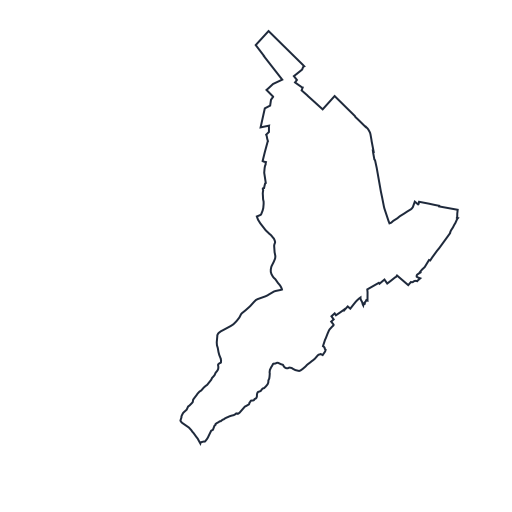 outline of Reci, Covasna, Romania, rotated 41°
{"feature_id": "2599482B11784451880113", "entity_name": "Reci", "entity_type": "district", "adm_level": 2, "iso_a3": "ROU", "parent_name": "Romania", "parent_adm1": "Covasna", "projection": "orthographic", "projection_center": [25.948, 45.804], "detail": "fine", "context": "isolated", "style": "outline", "palette": "slate", "viewbox_px": 512, "rotation_deg": 41, "n_neighbors": 0, "source": "geoboundaries", "source_scale": "gbopen_adm2", "svg_char_len": 6077}
<svg xmlns="http://www.w3.org/2000/svg" viewBox="0 0 512 512"><g transform="rotate(41 256 256)"><path d="M339.1,429.7L339.2,429.2L339.1,426.6L338.8,424.6L337.9,421.4L337.6,420.2L336.8,417.3L337.5,415.4L336.0,411.3L336.2,410.0L335.7,409.2L336.1,407.7L336.4,406.9L336.8,405.9L337.0,404.7L337.8,403.8L338.0,402.4L338.4,401.1L338.9,400.2L339.1,399.0L339.8,397.3L340.6,395.7L341.2,394.3L341.6,393.7L342.1,392.8L343.6,390.7L344.2,389.1L344.2,388.2L344.8,387.3L345.4,387.4L345.9,386.9L346.1,386.4L346.4,385.0L346.4,383.9L346.4,380.5L346.4,379.2L346.4,377.1L346.6,376.4L347.1,375.4L347.4,374.3L347.8,373.2L348.0,372.6L347.9,372.3L347.8,371.8L347.4,371.2L347.3,370.9L347.3,369.9L347.2,369.3L347.1,368.8L347.2,368.3L347.4,368.1L348.2,367.4L348.6,366.9L348.9,366.4L349.0,365.8L348.8,365.0L348.9,364.6L349.3,363.8L349.4,363.0L349.2,362.4L349.0,361.7L348.8,361.4L347.6,359.9L347.2,359.2L346.8,358.2L346.7,357.7L346.8,357.2L347.6,355.8L348.0,355.0L348.1,354.6L348.1,354.2L347.9,352.9L348.1,351.4L348.8,350.4L349.0,347.8L348.9,345.2L348.3,343.5L347.8,342.8L347.0,341.8L346.4,339.8L345.3,338.1L343.6,335.8L342.5,334.8L341.2,332.8L340.8,331.3L340.4,329.9L340.2,328.4L339.7,326.2L339.9,325.7L340.9,324.8L341.3,324.1L342.0,322.7L342.9,322.1L345.8,321.3L347.6,320.5L348.0,320.5L349.2,321.0L350.2,321.2L350.9,321.2L351.6,321.1L352.3,320.9L353.3,320.2L353.8,319.6L354.2,318.6L354.4,318.3L355.7,317.5L356.5,317.1L358.1,316.9L360.5,316.3L363.4,314.8L364.1,314.3L364.3,313.9L364.7,313.1L365.3,310.7L365.8,307.4L365.9,306.3L365.9,305.0L366.1,303.7L366.8,300.5L367.0,299.1L367.2,298.2L367.4,297.5L367.5,296.9L367.8,295.0L367.8,290.5L368.0,289.4L368.7,288.4L369.2,287.5L369.4,287.5L369.8,287.5L370.7,287.1L371.3,287.0L370.8,282.7L370.1,281.1L369.0,281.0L368.6,280.8L368.1,280.3L367.2,280.0L365.7,280.1L363.1,274.0L362.6,272.2L360.9,267.5L359.9,264.3L359.7,263.0L359.8,259.2L360.0,257.6L359.9,257.4L359.7,257.0L359.1,256.8L355.8,256.2L356.2,252.9L352.5,252.0L353.0,247.7L355.2,248.3L356.5,243.5L357.4,239.8L357.7,238.4L358.2,238.8L358.3,233.9L361.7,233.9L361.4,228.2L361.3,225.0L361.4,223.0L361.7,220.5L362.1,218.8L362.7,219.5L363.8,220.2L366.4,221.2L368.5,222.6L369.3,222.9L368.5,221.6L368.5,221.4L369.4,221.1L369.5,220.8L369.4,220.6L368.9,220.2L368.7,220.3L368.5,220.1L368.6,218.8L368.6,218.2L368.3,217.4L368.2,216.9L369.4,216.5L363.9,210.1L361.9,208.2L365.3,198.5L366.3,195.7L367.4,195.9L368.4,189.5L373.1,190.7L374.0,186.4L375.0,180.9L375.4,179.9L375.2,178.2L390.0,178.1L390.0,174.0L390.3,173.9L391.2,173.2L391.5,172.7L391.7,171.7L391.9,171.2L392.4,170.4L392.8,170.0L394.2,169.2L394.1,168.9L394.6,165.1L392.5,165.9L390.9,166.2L390.6,166.0L390.3,165.6L390.0,165.1L389.9,164.6L389.9,164.3L390.0,163.7L390.9,160.7L390.3,160.7L390.2,157.4L390.6,153.7L389.2,145.5L390.4,145.1L389.9,141.4L389.5,136.8L389.2,133.4L389.1,129.7L387.9,116.0L387.5,111.6L387.4,111.2L387.2,111.1L386.7,109.9L386.3,108.3L385.9,105.3L385.1,102.1L384.9,100.6L383.6,96.3L383.5,95.7L383.5,94.9L382.5,95.3L382.1,94.4L381.8,94.0L380.1,92.0L377.9,88.8L361.6,98.5L361.3,98.2L361.2,98.0L357.4,100.2L352.1,103.1L343.5,108.1L344.5,109.9L344.6,110.3L344.5,110.7L340.2,110.8L342.3,116.2L342.4,117.4L342.4,118.3L342.3,119.0L340.9,123.4L340.0,126.7L338.5,131.5L338.2,133.1L338.0,134.6L336.7,138.9L336.5,139.7L336.2,142.1L335.3,143.8L333.0,142.6L321.7,135.9L320.0,134.7L313.2,129.4L307.8,125.3L289.4,110.4L283.4,105.9L283.0,105.7L282.5,105.5L282.0,105.5L276.9,101.4L275.4,100.1L276.1,99.9L267.7,93.3L267.3,92.9L262.6,89.1L261.3,88.2L260.4,87.8L258.2,87.0L256.8,86.6L254.1,86.4L254.1,86.7L242.6,86.0L239.8,85.9L238.9,85.5L210.4,83.7L210.1,101.6L189.8,101.2L189.6,101.1L181.8,101.1L180.7,98.3L180.4,98.5L175.7,99.0L171.6,99.4L171.4,96.3L166.6,95.4L168.5,85.0L168.0,83.7L167.6,82.3L167.8,81.4L167.9,81.2L166.0,81.0L117.9,78.0L117.4,97.0L130.9,99.8L130.9,100.0L160.1,105.7L156.0,115.0L155.4,120.8L155.0,123.8L164.4,124.5L164.5,124.6L164.8,128.2L168.0,133.2L165.8,138.8L170.9,148.2L175.1,155.9L180.3,149.1L180.5,149.5L181.7,150.8L184.4,153.9L184.1,157.8L185.2,158.3L187.6,160.2L189.3,161.3L189.7,161.5L189.8,162.1L194.5,171.8L198.7,180.0L199.7,179.8L201.9,178.6L202.4,179.6L203.2,180.6L203.7,182.1L204.7,183.8L205.9,185.5L207.6,187.8L215.5,194.5L215.4,194.9L215.3,195.2L215.5,195.7L216.7,198.0L217.5,199.4L216.9,200.2L216.9,200.6L217.2,201.0L217.6,201.3L218.4,201.8L218.9,202.7L220.1,204.4L221.4,205.7L224.1,208.5L226.1,210.0L227.6,211.7L230.0,215.0L231.2,217.4L232.2,220.2L232.6,221.4L232.3,222.4L230.7,225.6L232.1,226.4L233.8,227.3L237.7,228.5L246.2,230.2L247.5,230.3L250.3,230.4L251.5,230.5L253.2,230.4L254.8,230.6L256.8,231.0L258.0,231.1L259.9,232.0L261.1,232.8L261.6,233.4L262.1,234.8L262.7,236.0L263.3,236.7L267.6,241.0L268.4,241.6L270.7,243.4L271.8,244.9L272.2,245.7L273.2,248.7L274.4,253.4L274.8,254.4L276.1,256.6L276.9,257.5L277.6,258.3L279.5,259.5L281.4,260.2L282.7,260.6L284.1,260.8L285.7,260.8L290.5,262.0L292.2,262.2L293.7,262.5L295.4,263.1L296.9,263.8L297.6,264.3L296.9,265.4L293.7,269.6L292.9,270.9L290.9,276.8L290.6,277.9L290.2,278.9L289.5,280.4L285.5,287.5L284.8,289.3L284.6,292.1L284.5,297.5L284.3,299.4L283.7,304.0L282.9,308.4L282.9,309.7L283.8,313.3L284.0,317.2L284.0,318.5L283.8,321.6L283.6,322.9L282.8,325.6L279.7,333.8L278.9,335.8L278.3,338.6L278.4,339.8L278.8,341.2L279.4,341.9L283.0,346.9L285.1,349.0L287.5,350.5L290.7,353.1L293.2,354.8L297.1,356.8L297.4,357.2L298.2,357.8L298.8,358.6L299.2,359.1L299.4,359.4L299.4,359.7L299.2,360.1L298.8,361.0L298.6,362.0L298.6,362.7L299.0,363.3L299.9,364.0L300.6,364.7L301.1,365.4L301.5,366.0L301.9,367.1L302.1,368.6L302.1,370.5L302.9,373.2L302.9,375.7L302.8,376.7L303.4,378.8L303.6,383.6L303.7,385.2L303.2,387.3L302.9,389.6L302.9,393.4L302.3,395.4L302.2,398.3L302.4,399.7L302.6,403.1L302.8,405.6L304.0,407.6L304.1,408.0L304.1,409.2L303.9,412.5L303.5,414.1L304.5,417.5L304.1,420.6L304.0,421.5L304.0,422.5L304.6,424.9L305.0,426.0L305.6,426.7L306.9,429.7L307.1,429.9L308.5,430.3L309.7,430.4L317.9,429.5L321.4,429.9L323.3,430.4L325.1,430.6L329.3,431.6L331.9,432.1L333.4,432.7L337.0,434.0L336.5,432.9L337.4,431.6L338.3,430.3L339.1,429.7Z" fill="none" stroke="#1e293b" stroke-width="2"/></g></svg>